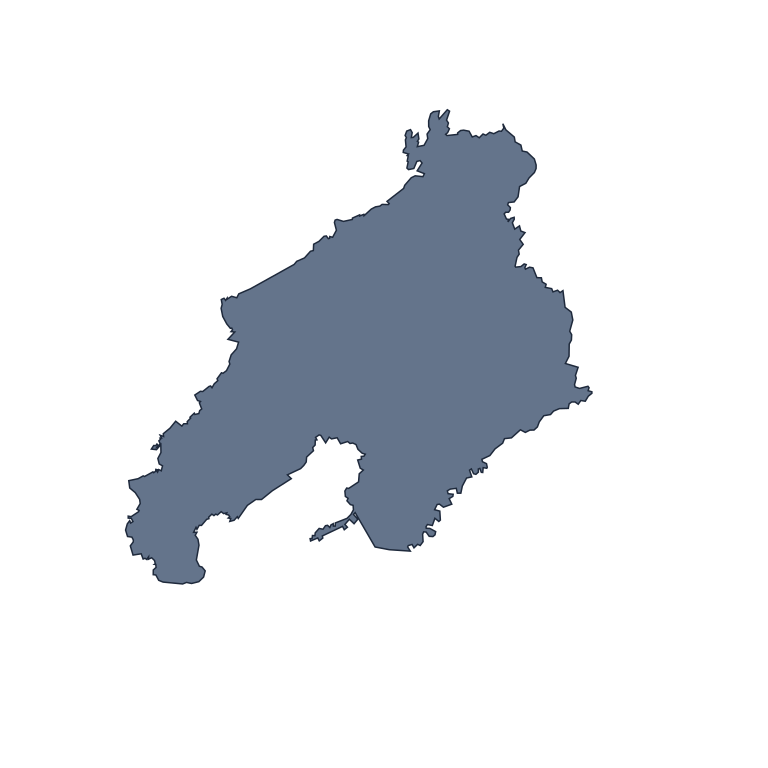 the district of Demak, Jawa Tengah, Indonesia, rotated 31°
{"feature_id": "22746128B71519500232359", "entity_name": "Demak", "entity_type": "district", "adm_level": 2, "iso_a3": "IDN", "parent_name": "Indonesia", "parent_adm1": "Jawa Tengah", "projection": "equal_earth", "projection_center": [110.607, -6.923], "detail": "fine", "context": "isolated", "style": "filled", "palette": "slate", "viewbox_px": 768, "rotation_deg": 31, "n_neighbors": 0, "source": "geoboundaries", "source_scale": "gbopen_adm2", "svg_char_len": 6169}
<svg xmlns="http://www.w3.org/2000/svg" viewBox="0 0 768 768"><g transform="rotate(31 384 384)"><path d="M489.3,211.8L487.8,215.0L484.5,214.2L481.4,218.0L478.6,215.9L472.5,218.1L471.6,215.0L467.0,215.0L464.2,211.9L460.3,214.1L451.9,207.7L448.6,208.9L446.1,212.7L444.8,211.7L444.4,208.4L442.3,208.9L440.9,212.8L436.7,216.0L435.7,215.5L432.8,207.0L433.0,203.1L430.3,200.0L431.4,192.6L425.9,190.2L426.9,181.6L422.5,182.4L418.7,178.7L416.3,183.9L411.0,179.7L410.8,175.7L409.7,174.1L407.2,176.9L406.8,181.2L405.8,178.8L404.0,179.5L399.4,176.3L399.8,174.2L402.3,172.6L402.5,170.0L401.5,167.7L397.7,166.7L397.2,164.4L401.8,160.9L402.5,154.5L398.5,144.9L402.2,138.9L402.2,132.7L404.0,125.3L403.4,121.0L401.6,117.9L397.0,113.7L387.1,111.5L382.5,113.1L378.3,108.7L371.7,108.9L368.5,105.2L357.6,103.4L351.8,99.7L354.9,102.9L354.5,106.9L352.3,107.9L349.2,112.9L345.0,113.8L343.2,118.3L340.1,118.7L338.8,123.9L334.9,123.7L332.4,126.8L326.7,123.5L321.5,125.4L319.1,127.3L317.8,130.8L318.6,132.1L310.0,138.6L308.2,138.2L309.1,135.8L308.6,131.5L305.8,130.9L304.8,127.1L301.7,125.6L299.7,116.4L297.0,116.3L294.8,128.4L292.8,126.7L290.8,121.4L286.1,125.2L284.9,128.4L286.7,135.4L289.7,140.3L292.6,142.2L292.2,147.6L295.1,151.1L295.4,158.8L290.3,163.4L289.1,158.9L287.6,158.8L287.7,156.0L283.9,151.4L282.1,157.5L280.5,158.7L278.7,154.0L275.7,152.3L273.2,155.5L274.1,160.1L276.3,161.3L276.6,163.7L280.8,169.4L280.2,173.5L281.2,175.6L286.6,174.2L286.2,176.3L287.3,176.0L289.1,181.1L290.3,181.1L292.4,187.1L294.6,187.6L298.6,183.9L297.5,176.3L299.9,173.9L302.8,175.0L302.6,184.2L310.3,182.9L310.6,186.2L303.5,189.5L301.1,193.2L299.4,203.0L300.1,206.2L292.5,225.9L295.5,226.7L295.3,228.0L289.9,231.0L288.8,233.7L285.5,236.5L283.0,240.6L280.2,250.1L279.3,249.0L276.6,252.5L276.0,251.6L271.5,258.0L272.1,259.3L265.5,265.5L259.0,267.1L257.7,268.7L258.3,271.1L264.0,276.7L264.4,284.7L261.6,285.5L262.3,287.2L261.4,288.1L258.3,286.8L256.5,288.3L254.8,295.2L251.7,300.4L254.7,306.0L252.6,308.1L250.9,316.9L246.0,323.8L245.4,327.8L220.4,371.3L213.1,381.5L213.4,385.9L208.2,387.3L206.0,391.8L205.3,391.0L205.2,393.9L202.7,392.9L201.0,395.4L204.3,399.1L205.4,403.0L211.0,409.2L218.3,413.5L223.6,415.4L224.7,414.5L226.3,415.6L225.9,417.9L229.3,416.3L227.2,426.1L237.8,423.0L239.5,429.8L238.0,437.7L239.6,444.5L241.6,446.3L242.1,453.7L240.5,457.7L238.9,458.1L238.2,465.5L239.8,466.7L238.4,471.2L238.5,475.8L236.4,475.0L235.3,476.2L232.5,483.8L230.4,484.8L227.5,490.9L232.7,494.2L235.7,493.5L235.4,495.2L240.6,499.3L239.7,501.7L240.5,504.7L237.6,507.5L236.4,506.7L234.8,512.4L235.8,512.8L234.7,517.6L236.0,519.3L232.8,521.2L232.4,524.2L224.6,523.2L223.3,532.1L220.4,540.3L222.1,542.5L218.5,543.2L221.2,544.9L219.9,545.8L220.9,546.4L220.3,548.7L222.6,550.2L223.2,553.6L221.9,555.1L222.1,552.8L220.3,552.4L220.2,554.3L218.3,555.3L218.1,559.6L222.8,557.5L223.9,550.9L228.1,557.6L228.5,564.3L232.5,568.3L236.3,568.2L237.8,573.1L234.9,573.4L235.3,576.2L233.9,575.6L234.2,574.1L232.4,574.7L233.2,576.4L232.3,578.6L231.2,578.3L226.4,586.6L224.9,586.8L222.0,591.8L215.0,598.3L219.6,604.1L226.7,605.2L233.9,608.7L236.6,612.0L236.7,618.7L239.2,618.5L239.4,619.9L235.6,627.9L232.8,629.0L233.8,630.7L236.6,629.3L239.7,631.2L238.5,633.7L236.4,632.1L236.0,636.1L237.7,642.3L242.7,646.8L246.8,645.1L249.5,646.8L250.4,648.6L249.9,653.4L257.0,659.9L263.3,654.6L267.7,658.1L268.9,656.5L270.9,656.6L271.2,653.4L272.3,655.6L274.3,652.6L278.2,653.5L280.5,655.8L280.1,656.8L281.3,656.2L283.1,658.6L282.0,662.2L284.4,666.3L286.8,665.2L292.0,668.3L296.6,667.6L314.4,659.1L316.9,655.8L321.8,654.1L327.1,648.8L328.8,642.4L327.0,636.3L322.3,634.6L319.6,635.3L313.8,631.5L308.4,617.4L304.5,612.9L300.1,610.9L300.0,607.4L297.2,609.2L296.7,603.7L298.5,604.9L298.4,600.3L300.4,599.2L301.7,591.3L303.3,589.6L302.3,588.4L303.5,584.2L306.0,584.4L306.8,582.2L308.7,582.0L310.2,577.3L313.3,577.7L315.6,575.4L315.8,577.1L318.3,576.3L320.1,577.2L319.5,579.1L321.9,578.2L322.6,581.2L325.7,578.0L326.6,573.3L328.3,574.3L329.4,558.4L333.6,549.0L338.5,546.1L343.3,532.9L353.3,512.9L348.0,511.6L356.1,499.5L357.2,495.1L357.5,490.9L355.3,486.5L357.9,477.5L355.6,475.2L356.4,471.8L354.0,467.5L355.3,466.4L352.8,465.0L354.6,461.1L356.3,460.6L364.3,464.5L364.4,457.8L367.3,458.1L371.5,454.2L377.6,457.6L382.5,452.0L385.5,452.5L387.6,450.7L391.2,450.3L395.3,453.4L400.9,454.6L404.1,453.8L404.0,456.2L401.8,457.8L403.4,460.0L400.6,462.7L407.0,468.4L410.6,468.4L409.0,473.7L412.6,481.0L407.5,491.7L405.6,492.4L405.6,495.9L408.8,500.3L412.1,500.5L412.4,503.2L417.3,504.7L420.0,503.9L422.6,507.6L422.8,512.9L421.5,518.2L413.8,528.2L415.4,530.9L413.8,531.9L412.4,529.9L411.1,532.1L411.5,534.9L408.4,534.2L406.8,535.6L406.5,539.9L402.8,541.2L401.7,547.0L402.9,549.6L400.7,550.7L401.9,553.4L400.3,554.6L401.9,556.4L406.5,550.1L409.3,551.8L410.9,547.6L409.4,546.0L421.8,527.4L425.0,529.4L426.4,525.6L422.8,524.5L424.0,517.8L430.3,519.2L431.2,513.4L425.0,511.5L425.5,509.1L460.3,528.3L473.9,523.3L492.6,513.7L488.2,511.5L488.0,510.0L490.7,507.1L494.1,509.0L495.4,504.1L498.2,503.8L498.7,499.0L494.5,492.9L494.1,490.3L496.4,489.2L501.2,491.3L504.5,489.6L505.4,487.0L504.3,483.9L497.6,484.2L494.5,485.9L493.5,484.7L493.6,482.1L498.3,480.4L496.8,472.9L501.8,473.6L502.4,471.6L497.3,464.2L492.1,465.7L491.6,459.9L493.4,458.4L498.4,459.0L504.0,452.1L498.9,448.7L500.9,444.9L500.1,442.9L495.4,445.0L493.3,442.9L494.9,440.0L499.7,436.2L503.1,439.8L506.1,438.0L503.7,431.1L503.2,422.1L507.1,418.4L501.7,413.8L502.6,411.8L507.0,414.8L509.3,414.1L510.3,410.9L508.6,408.3L509.6,407.0L512.9,409.6L514.2,409.0L512.1,404.6L515.5,403.3L515.4,402.2L512.9,399.5L508.4,399.9L506.7,398.1L511.6,390.8L512.6,382.4L516.2,373.6L515.4,368.8L521.0,364.5L524.5,353.0L530.1,352.7L532.8,348.4L536.3,346.2L537.6,341.8L536.6,336.5L537.3,328.9L542.5,324.4L543.3,319.9L547.0,314.8L554.5,310.0L552.9,305.7L554.1,302.8L557.1,301.0L560.9,301.3L561.2,296.8L565.4,295.1L565.4,289.2L567.0,284.9L566.2,283.6L562.4,284.6L561.7,281.6L560.0,280.9L553.9,287.1L549.3,288.1L547.6,286.3L545.8,280.0L543.7,278.1L541.8,269.7L528.9,273.0L528.3,264.9L522.2,254.4L522.0,249.8L519.5,245.1L516.0,243.1L512.9,231.9L507.5,225.9L499.7,225.0L489.3,211.8Z" fill="#64748b" stroke="#1e293b" stroke-width="1.5"/></g></svg>